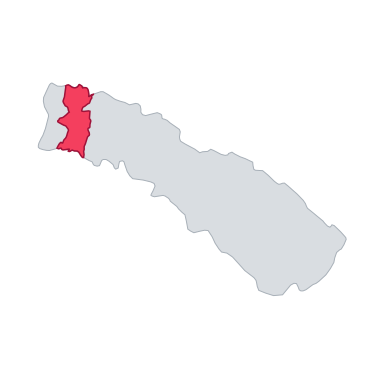 Bhojpur on a map of Nepal (orthographic projection), rotated 187°
{"feature_id": "NPL-1134", "entity_name": "Bhojpur", "entity_type": "District", "adm_level": 1, "iso_a3": "NPL", "parent_name": "Nepal", "parent_adm1": "", "projection": "orthographic", "projection_center": [87.293, 27.148], "detail": "fine", "context": "in_parent", "style": "filled", "palette": "rose", "viewbox_px": 384, "rotation_deg": 187, "n_neighbors": 0, "source": "natural_earth", "source_scale": "10m", "svg_char_len": 4916}
<svg xmlns="http://www.w3.org/2000/svg" viewBox="0 0 384 384"><g transform="rotate(187 192 192)"><path d="M348.4,216.5L350.0,217.7L350.2,219.7L349.9,221.9L348.3,226.7L346.9,230.0L345.2,237.1L343.6,249.4L344.0,251.6L348.8,258.6L350.6,264.0L350.8,267.7L348.9,273.9L346.6,280.9L345.5,282.5L344.3,283.1L338.4,280.7L334.4,281.0L329.8,282.4L324.9,282.1L321.0,281.3L315.9,284.1L311.1,282.6L308.0,280.9L305.9,276.0L305.1,275.4L294.9,280.4L292.4,280.7L286.1,278.0L281.0,275.2L279.0,274.4L274.1,273.3L269.6,272.7L264.7,270.9L258.6,273.1L256.2,272.9L253.9,271.2L252.8,268.0L252.5,264.9L250.5,262.7L247.3,262.2L242.8,264.0L236.2,266.5L234.1,266.0L232.2,265.3L231.5,264.6L230.7,261.6L229.6,261.0L228.1,260.9L225.4,260.1L222.2,257.9L212.2,252.6L211.0,250.3L211.2,245.3L210.7,243.2L209.5,241.0L204.4,238.7L194.5,234.9L189.1,231.9L186.5,233.2L181.4,234.2L178.6,236.7L175.4,235.8L167.7,232.9L163.6,232.4L161.0,233.2L160.4,234.7L157.2,236.4L154.2,234.9L148.4,232.8L143.2,231.6L135.4,229.0L134.6,225.5L133.4,222.0L131.6,221.3L124.5,221.8L118.2,217.7L111.5,212.6L108.6,210.9L106.7,210.2L105.0,210.8L103.0,211.8L101.3,212.1L97.6,209.8L93.0,206.6L87.3,202.7L80.6,197.3L78.0,194.3L76.8,192.0L75.4,189.9L69.6,186.3L65.1,183.4L59.6,179.9L58.6,179.3L56.6,177.3L53.4,174.7L50.8,173.9L49.8,175.1L49.1,176.5L46.8,176.0L43.3,173.4L39.6,170.6L36.7,168.1L33.8,165.5L33.2,163.7L34.8,158.2L36.9,153.6L38.4,152.6L41.1,149.6L42.3,144.1L42.6,139.4L45.3,132.9L49.0,126.1L55.2,118.8L57.8,116.4L60.6,114.9L66.2,109.6L67.3,108.7L69.7,107.4L71.9,107.1L73.6,107.9L75.2,110.9L77.1,113.8L79.7,113.8L82.8,111.6L89.6,101.0L98.4,99.1L106.5,100.6L113.7,102.5L115.7,106.2L116.9,110.1L117.7,112.1L120.0,114.5L130.0,120.4L135.8,125.5L143.8,132.4L149.9,135.6L155.3,136.0L158.3,138.7L162.8,144.0L166.6,150.1L171.3,155.7L174.8,155.6L179.5,154.0L185.2,151.8L188.5,153.0L191.6,154.6L192.5,157.5L194.2,162.9L196.2,168.5L199.4,170.6L203.2,173.5L205.3,175.8L212.4,180.2L213.4,181.9L214.9,183.1L216.6,183.9L218.1,184.7L220.3,185.1L228.8,182.7L231.0,183.1L232.3,183.6L232.3,184.5L230.8,188.4L229.4,193.4L230.7,195.9L234.2,197.0L242.0,197.9L252.5,198.0L255.7,200.5L258.8,204.4L262.0,210.9L263.2,213.7L264.8,214.5L267.6,213.5L268.0,210.8L268.2,206.8L270.5,205.4L272.0,206.5L273.7,209.6L278.0,212.4L281.2,213.8L284.2,213.4L285.5,212.3L287.0,206.9L289.3,206.1L292.3,206.5L293.5,207.6L294.7,209.7L298.3,210.8L301.9,212.2L305.3,214.0L310.1,218.0L316.0,218.7L322.9,218.6L326.5,218.7L329.2,219.0L331.5,218.7L338.6,215.8L341.4,215.6L345.0,215.9L348.4,216.5Z" fill="#d9dde1" stroke="#a8b0b8" stroke-width="1"/><path d="M304.1,212.9L304.8,212.9L305.7,213.5L307.0,214.9L309.1,217.7L310.7,218.6L311.7,218.6L313.7,218.4L316.0,219.0L316.9,218.4L317.8,217.6L318.9,217.2L319.8,217.5L319.6,218.1L319.1,218.9L319.1,219.5L319.8,219.5L323.3,218.5L324.9,218.1L325.6,218.1L326.3,218.3L326.5,218.5L326.7,218.9L326.9,219.2L327.2,219.5L327.9,219.5L329.1,218.8L329.7,218.6L330.6,218.8L331.4,219.1L330.4,221.8L329.6,223.6L328.9,224.6L328.5,225.1L328.1,225.3L327.8,225.3L327.5,225.2L327.3,225.0L327.0,224.8L326.7,224.8L326.4,224.9L326.2,225.2L325.9,226.8L325.5,228.0L325.0,228.8L324.2,229.8L323.8,230.6L323.5,231.3L323.1,233.1L322.7,235.8L322.4,236.9L322.2,237.7L322.2,238.4L322.4,238.9L322.6,239.3L325.0,241.9L325.3,242.1L325.7,242.3L327.5,242.7L331.3,244.2L333.0,244.9L333.7,245.3L333.8,245.6L333.9,245.9L333.9,246.2L333.8,246.4L333.6,246.7L333.0,247.3L332.8,247.6L332.7,248.1L332.6,248.5L332.4,248.8L332.1,249.1L331.7,249.3L330.0,249.9L329.5,250.1L328.5,250.9L326.2,253.3L324.4,255.6L323.6,256.3L324.5,257.6L325.4,260.2L325.7,260.7L326.0,261.1L326.7,261.5L328.3,262.1L330.4,264.9L331.0,266.1L331.0,266.4L331.0,267.1L330.2,270.8L330.1,280.6L330.2,281.3L330.4,281.9L329.4,282.7L327.9,283.3L326.5,282.9L323.6,281.3L322.4,281.1L321.1,281.1L319.8,281.5L318.7,282.2L318.2,282.8L317.5,284.4L317.0,284.9L316.4,284.8L314.7,284.0L314.2,283.7L313.8,283.1L313.6,282.4L313.2,282.0L311.9,282.4L309.8,282.6L308.6,282.1L307.7,280.9L307.1,279.4L306.7,278.1L306.2,275.9L306.2,275.1L306.1,274.3L305.6,274.3L305.0,274.8L303.8,276.0L303.3,276.4L301.8,277.0L301.8,276.9L301.9,276.6L302.8,275.8L303.1,275.3L303.2,274.9L303.2,274.4L303.1,273.9L303.0,273.6L302.9,273.2L303.1,272.6L303.7,271.6L304.6,267.9L305.2,267.3L306.1,266.9L308.9,264.0L310.0,263.3L310.6,262.8L310.8,262.3L310.9,262.0L311.1,261.1L311.2,260.7L311.4,259.8L311.3,259.0L310.6,258.8L309.2,258.8L304.5,259.9L303.1,259.7L302.8,252.9L302.6,252.3L302.2,251.8L301.4,251.0L301.2,250.4L301.1,249.8L301.5,247.0L301.5,246.2L301.3,244.2L301.4,243.6L301.6,243.3L301.9,243.1L302.3,243.0L302.6,242.8L302.8,242.5L302.9,242.2L302.9,241.6L302.8,240.9L301.2,238.2L300.8,236.5L300.9,235.9L301.0,235.6L301.8,234.8L302.2,234.3L302.4,233.8L302.8,232.0L302.9,231.4L303.7,226.9L304.5,224.3L304.5,223.8L304.5,223.2L304.2,221.3L304.3,220.3L304.5,219.4L304.5,219.2L304.4,218.7L304.2,217.9L303.7,215.8L303.8,213.0L304.1,212.9Z" fill="#f43f5e" stroke="#9f1239" stroke-width="1.5"/></g></svg>